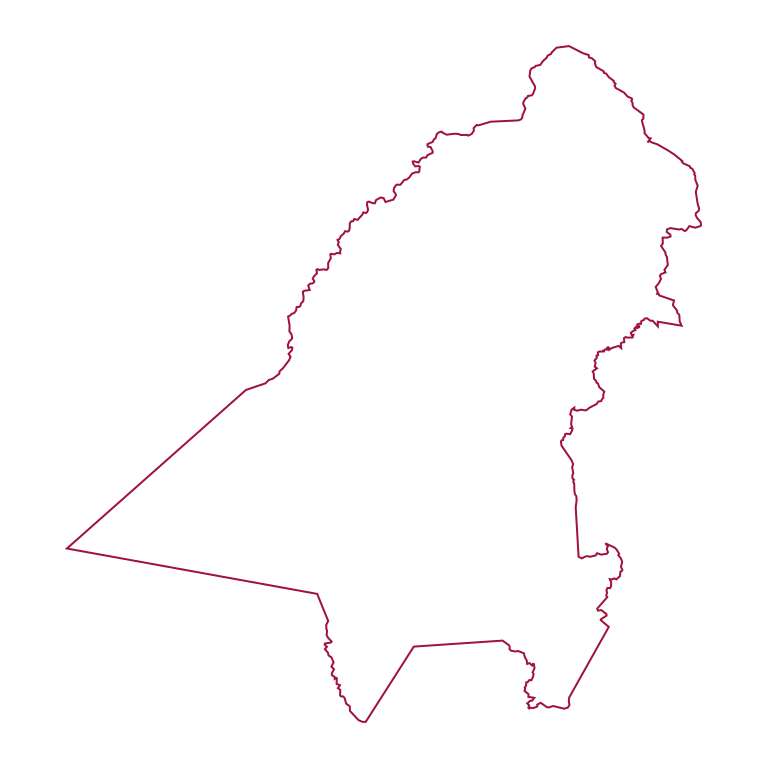 outline of Las Tablas, Los Santos, Panama
{"feature_id": "35544464B24860146435947", "entity_name": "Las Tablas", "entity_type": "district", "adm_level": 2, "iso_a3": "PAN", "parent_name": "Panama", "parent_adm1": "Los Santos", "projection": "albers", "projection_center": [-80.265, 7.651], "detail": "fine", "context": "isolated", "style": "outline", "palette": "rose", "viewbox_px": 768, "rotation_deg": 0, "n_neighbors": 0, "source": "geoboundaries", "source_scale": "gbopen_adm2", "svg_char_len": 6086}
<svg xmlns="http://www.w3.org/2000/svg" viewBox="0 0 768 768"><path d="M287.8,345.0L288.3,348.0L291.4,347.1L292.3,347.7L292.0,350.1L288.6,353.9L290.5,356.7L289.1,360.2L282.9,368.3L279.5,371.4L279.3,373.8L272.6,378.8L268.8,380.0L265.5,383.3L246.0,389.9L66.9,548.5L317.2,593.9L328.2,621.0L326.2,625.0L326.4,629.2L327.1,630.5L326.6,635.0L327.9,637.6L331.6,641.5L330.9,642.5L324.8,643.6L324.8,644.9L326.9,646.8L324.9,649.1L328.0,652.8L328.6,655.5L331.4,657.3L333.6,662.3L331.4,666.7L334.0,669.2L331.8,673.3L331.9,675.2L334.7,677.0L334.7,678.9L336.3,677.9L336.8,678.3L336.6,683.9L340.0,685.2L337.9,688.1L340.3,689.9L340.1,695.4L340.8,696.4L343.1,696.4L344.7,698.1L346.1,703.6L349.7,706.2L350.0,711.0L358.5,720.1L362.6,721.9L365.7,721.9L413.8,646.6L502.6,640.6L509.1,645.4L509.7,646.6L509.5,648.9L510.9,650.7L515.6,651.5L518.2,651.0L523.9,653.3L524.8,657.1L526.7,660.4L527.2,663.9L529.5,663.1L532.1,665.5L532.9,663.9L534.0,664.2L534.5,668.3L532.6,672.3L533.6,674.0L533.1,676.7L531.3,680.3L529.4,680.0L527.6,682.2L526.2,682.4L526.1,685.7L524.7,687.5L525.1,688.9L524.5,691.0L528.5,694.1L528.4,696.9L534.3,697.8L532.1,700.7L530.2,700.8L527.2,703.4L529.1,705.2L528.4,707.8L529.3,708.5L530.2,707.6L532.8,708.2L536.8,706.8L537.4,706.0L537.2,704.6L540.7,702.8L546.9,707.2L549.0,707.4L553.0,706.0L564.1,708.7L567.8,707.6L569.5,704.9L568.8,701.2L569.2,697.5L608.8,626.9L600.7,620.1L601.1,619.1L606.6,615.6L606.4,614.1L601.3,610.1L597.9,610.6L597.2,608.6L607.3,597.1L606.2,595.5L607.1,592.6L606.4,590.5L607.5,587.9L610.0,588.2L611.0,586.4L611.2,582.6L609.8,579.1L611.8,579.5L614.1,578.4L616.4,579.4L620.0,576.1L620.4,571.6L621.6,571.2L622.4,570.0L621.0,566.9L622.2,561.8L620.9,558.4L618.3,555.2L619.2,553.9L616.6,549.6L614.6,547.6L605.4,543.3L607.8,546.4L606.8,548.8L608.0,552.3L606.8,553.8L601.0,554.6L597.1,553.2L595.6,555.5L589.6,556.8L588.0,556.2L585.4,556.5L581.8,558.4L578.6,556.8L575.7,507.2L576.6,500.5L576.4,496.4L574.9,494.0L574.4,491.1L574.2,483.6L573.2,481.9L574.0,479.7L572.4,478.3L572.4,475.4L573.3,473.0L572.1,467.2L573.2,464.1L571.4,460.0L561.6,445.8L560.9,441.6L561.6,440.4L563.2,440.0L563.3,437.8L564.9,436.2L565.1,434.2L566.3,433.7L570.1,434.2L572.4,429.9L572.5,428.5L570.7,428.1L572.0,426.9L571.1,424.2L572.0,416.6L570.2,414.3L571.6,409.6L574.3,407.6L574.3,409.8L577.2,410.7L580.8,409.7L586.1,410.4L589.5,407.7L596.6,404.0L598.2,401.6L601.2,401.1L601.9,399.2L603.4,397.9L603.2,394.8L604.3,391.6L599.2,387.1L598.0,383.5L596.4,382.5L596.1,380.9L594.0,378.7L593.8,373.9L592.7,371.4L597.0,368.3L594.7,366.6L595.6,362.9L594.5,360.4L596.8,358.0L596.5,355.6L598.1,355.2L597.8,352.3L600.0,351.4L602.0,351.7L602.9,350.9L604.0,351.4L604.4,349.7L607.5,349.6L606.8,348.2L608.1,347.2L608.8,347.7L609.3,349.8L611.4,348.2L618.6,345.9L621.2,348.1L620.8,343.6L621.7,342.6L624.3,342.2L624.0,338.2L625.7,337.0L626.9,337.6L632.5,337.5L633.4,334.8L631.8,335.1L630.8,333.0L632.6,331.3L635.4,330.1L634.4,328.6L635.0,327.8L636.7,327.9L636.3,326.6L637.2,326.5L638.2,327.6L639.1,327.2L639.3,326.3L637.6,325.4L637.3,324.4L639.4,323.6L640.9,323.9L641.4,321.0L643.8,320.0L644.5,318.7L646.9,318.2L650.7,320.9L652.5,320.6L657.9,326.4L657.8,321.7L681.6,325.7L679.7,321.4L679.3,314.9L677.4,312.8L676.9,310.4L672.9,305.3L674.0,300.5L659.2,295.4L658.7,293.7L657.1,293.8L657.7,291.9L655.7,287.0L658.8,283.2L661.0,278.9L659.9,275.7L661.1,274.1L665.5,272.4L664.4,269.9L667.8,265.0L666.9,257.0L665.4,254.0L665.5,252.6L661.1,246.0L662.8,243.5L662.6,237.6L667.5,237.6L670.6,236.4L670.3,234.6L666.7,231.9L667.1,229.3L670.5,228.1L678.9,229.5L681.6,229.0L684.9,231.1L686.2,230.4L689.4,226.1L695.1,227.7L699.9,226.3L701.1,225.2L700.6,222.0L697.1,218.0L695.6,215.1L695.9,213.1L698.6,210.9L699.1,208.5L697.6,203.5L695.8,191.9L697.7,185.6L695.4,180.1L695.2,175.8L694.3,174.5L694.7,173.1L692.3,168.8L690.1,167.6L689.9,166.3L683.2,163.3L681.8,161.7L682.3,161.0L674.0,154.3L667.3,150.0L657.3,144.3L651.4,142.3L649.6,140.9L647.5,142.4L650.6,138.4L648.6,138.0L644.6,133.3L644.5,130.1L641.9,120.9L642.1,119.8L643.3,118.8L643.5,114.6L633.7,107.4L632.6,105.3L632.6,103.0L631.3,100.9L632.1,99.5L631.9,98.5L627.4,96.4L624.0,92.5L615.9,88.1L614.5,85.7L615.6,83.7L613.7,82.0L613.8,80.9L608.7,77.1L606.3,73.7L603.9,72.9L603.7,71.3L596.2,67.0L595.0,63.7L595.2,61.3L592.1,58.4L589.0,57.4L588.7,55.0L583.1,53.3L569.0,46.1L556.5,47.7L551.6,52.5L551.2,53.8L547.6,55.7L546.4,58.0L543.1,60.9L540.3,64.9L535.6,65.9L534.7,67.1L531.4,68.5L530.3,70.5L529.5,76.5L534.9,86.2L535.2,88.2L532.8,94.3L531.7,95.4L528.0,95.9L527.4,97.4L525.5,98.5L523.4,102.1L523.2,103.8L525.4,108.6L522.5,115.4L522.2,117.8L521.0,119.4L518.3,120.4L490.8,121.7L478.3,125.4L476.7,124.9L473.6,128.2L473.9,130.5L471.7,134.0L468.2,135.6L467.1,134.9L460.7,135.0L458.6,134.0L454.9,133.7L446.7,134.7L442.2,132.5L441.8,131.6L439.0,132.3L436.9,133.9L435.5,138.3L433.9,139.4L432.7,141.9L427.4,144.2L427.7,146.6L430.6,147.1L432.7,151.3L432.6,152.8L427.5,155.2L426.0,157.6L423.3,157.5L420.9,158.8L418.5,162.6L414.1,161.3L412.8,161.5L413.2,163.8L415.3,166.4L418.4,166.0L419.8,166.6L419.2,171.7L418.3,172.4L415.8,172.2L412.2,173.5L409.2,177.5L407.0,179.4L404.2,180.0L400.3,184.8L397.2,184.6L396.0,185.2L394.0,188.0L393.6,191.2L395.7,194.0L395.9,195.4L393.4,199.6L385.5,202.0L383.6,198.1L380.5,197.5L375.9,200.2L375.0,203.2L373.0,203.3L369.0,201.6L367.4,202.0L367.0,205.0L368.1,209.7L367.1,212.2L365.8,213.0L363.3,212.4L362.3,214.7L357.6,219.9L354.2,219.0L353.1,221.2L351.2,221.3L349.8,223.4L349.7,228.2L348.9,230.9L347.8,231.6L345.1,231.2L343.6,233.8L341.0,235.9L339.3,239.1L337.5,240.0L338.8,242.2L337.8,244.8L340.8,249.0L340.0,251.9L340.3,253.3L336.8,253.0L334.4,254.4L331.4,253.8L330.3,254.3L330.8,258.4L328.2,262.8L328.2,268.2L326.7,269.9L323.9,269.4L319.0,269.9L317.5,269.1L316.4,269.8L317.0,273.3L314.0,276.2L312.7,278.6L314.2,280.9L314.2,282.0L312.6,283.4L310.0,283.7L308.2,285.4L309.7,290.0L304.2,290.8L302.8,291.7L303.6,297.1L303.3,301.1L301.0,303.4L300.4,306.0L299.4,306.8L296.6,307.1L296.1,310.5L294.1,313.1L291.5,313.9L290.3,315.4L288.1,316.5L289.6,325.7L289.4,331.4L291.3,334.0L292.2,337.4L291.8,339.0L289.3,341.2L287.8,345.0Z" fill="none" stroke="#9f1239" stroke-width="2"/></svg>